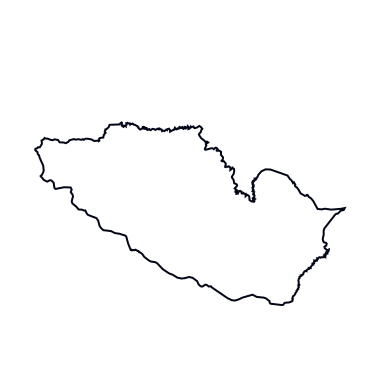 outline of Na Chaluai, Ubon Ratchathani, Thailand, rotated 131°
{"feature_id": "78962969B92270071826227", "entity_name": "Na Chaluai", "entity_type": "district", "adm_level": 2, "iso_a3": "THA", "parent_name": "Thailand", "parent_adm1": "Ubon Ratchathani", "projection": "albers", "projection_center": [105.182, 14.552], "detail": "fine", "context": "isolated", "style": "outline", "palette": "ink", "viewbox_px": 384, "rotation_deg": 131, "n_neighbors": 0, "source": "geoboundaries", "source_scale": "gbopen_adm2", "svg_char_len": 6045}
<svg xmlns="http://www.w3.org/2000/svg" viewBox="0 0 384 384"><g transform="rotate(131 192 192)"><path d="M224.8,59.5L218.3,49.9L217.2,49.1L214.9,49.4L211.3,46.0L208.5,44.7L206.6,45.7L206.7,46.3L204.4,47.4L203.4,47.0L201.3,47.2L200.9,47.6L198.4,47.7L197.9,48.4L195.6,48.1L195.4,48.8L193.9,48.9L193.5,49.6L192.4,49.8L192.5,50.4L191.8,50.4L192.0,50.9L190.4,51.9L189.0,53.6L187.6,54.4L186.1,54.4L185.6,55.2L183.6,54.5L183.4,55.2L181.2,54.0L179.8,54.9L177.8,55.0L177.0,54.2L176.4,54.2L176.4,53.8L175.8,54.2L174.3,54.0L173.6,53.3L172.8,53.2L172.5,53.8L171.8,52.8L171.6,53.2L171.0,52.9L170.5,53.3L168.0,53.2L167.6,53.7L167.1,53.0L166.5,53.9L165.6,53.1L164.4,54.2L163.7,53.8L163.4,54.6L162.1,52.8L161.2,53.6L160.8,53.0L160.2,53.0L159.8,53.8L159.4,53.2L158.7,53.5L157.4,52.8L157.3,51.9L156.1,51.4L155.3,50.2L154.4,49.9L153.4,50.2L154.1,49.2L153.9,48.7L152.8,50.1L152.7,49.4L152.4,49.3L151.9,49.9L152.2,50.4L151.6,50.2L151.1,50.5L150.4,50.0L150.2,50.9L149.7,51.1L149.7,50.4L148.7,50.7L148.4,50.6L148.6,50.0L147.9,50.4L147.1,50.1L145.7,51.0L147.3,51.6L147.3,55.0L146.4,56.2L144.4,55.5L142.6,56.5L142.5,57.6L143.5,59.6L142.5,61.6L141.5,62.6L137.7,64.7L134.9,67.2L132.7,68.2L114.9,69.1L113.6,68.7L112.5,67.7L108.5,67.5L106.1,65.7L103.9,66.2L106.8,68.4L113.9,75.3L117.4,80.7L120.1,82.8L122.4,86.1L119.2,94.8L118.7,98.0L119.1,100.6L118.4,103.0L118.8,103.4L119.7,103.3L120.8,104.2L121.8,109.0L120.3,113.3L119.7,116.2L120.0,116.7L119.8,118.3L119.3,118.9L118.7,118.9L117.8,121.5L119.0,121.6L118.0,124.4L117.9,126.9L116.9,130.7L123.5,147.4L126.6,151.3L130.8,153.2L135.4,153.2L138.3,152.3L138.7,152.6L139.7,152.2L140.0,152.7L140.5,152.2L140.8,152.7L141.7,152.7L141.6,153.1L142.5,152.6L143.3,153.1L143.5,152.8L143.2,152.3L144.4,152.4L144.6,153.0L145.5,152.6L145.5,151.7L146.3,151.5L146.3,150.5L146.8,150.6L147.1,150.2L147.0,149.3L147.3,149.1L147.9,149.4L148.1,148.9L149.1,149.1L149.2,148.4L150.3,147.7L150.1,147.3L150.8,147.1L150.8,146.0L151.3,146.2L151.1,145.7L151.6,145.3L152.9,144.8L152.5,144.4L153.5,144.0L153.2,143.5L153.8,142.3L155.6,142.0L155.6,141.5L157.0,142.0L157.4,141.1L156.3,140.7L156.1,140.0L157.4,140.4L157.5,139.8L158.4,140.1L158.3,138.8L158.7,138.8L160.1,141.0L160.3,143.4L158.1,145.5L157.6,146.8L158.0,148.6L160.0,148.8L158.2,150.4L159.1,151.5L159.0,152.6L160.0,152.8L160.4,153.4L160.1,154.3L159.2,154.8L159.7,156.6L160.8,157.0L163.1,156.3L164.3,157.3L163.3,158.1L163.5,159.3L163.0,159.7L162.6,159.4L162.5,157.6L161.8,157.4L161.2,158.0L161.3,162.2L158.1,162.0L157.1,162.7L156.9,163.4L157.7,165.9L155.5,168.7L155.1,170.8L154.4,171.9L151.1,172.4L148.4,173.9L147.0,175.5L147.1,177.5L148.2,177.1L150.2,177.5L149.0,178.4L148.4,179.6L148.4,180.8L148.7,181.3L149.6,181.5L150.1,182.6L151.1,182.9L151.3,183.5L148.8,184.8L148.2,185.7L147.9,188.5L149.0,189.3L149.1,190.1L147.3,190.2L145.9,190.9L145.4,191.6L145.0,194.5L142.6,196.5L142.9,198.4L144.6,200.4L144.4,200.8L142.9,200.6L142.6,202.4L143.2,203.4L145.4,203.6L145.4,204.9L146.7,206.4L151.2,209.4L151.4,210.2L150.6,210.8L147.6,211.6L146.8,213.0L144.0,212.3L144.2,213.8L145.3,214.1L145.5,214.6L145.1,216.3L145.4,220.3L144.4,223.9L143.8,224.7L141.1,224.7L138.7,225.7L137.5,225.7L137.1,228.1L137.4,229.8L140.1,230.6L141.9,231.7L142.2,232.4L141.6,233.9L143.5,235.0L143.4,235.7L144.4,235.3L145.3,236.0L145.9,235.5L146.8,236.0L145.1,237.2L145.1,238.3L145.6,237.9L147.8,238.3L147.2,239.3L147.8,240.5L149.3,240.2L149.3,239.6L150.0,239.8L150.0,240.5L149.6,240.8L150.1,241.3L149.6,242.0L151.3,242.6L151.4,243.2L150.8,243.1L151.1,244.1L153.0,243.6L153.5,244.6L154.5,244.5L155.0,244.9L155.3,245.6L154.8,246.1L154.7,247.1L157.0,246.4L157.8,247.1L160.8,248.1L159.7,249.3L159.4,251.0L160.9,251.9L161.7,251.4L162.1,252.5L164.2,252.8L164.7,254.1L165.7,254.5L164.8,256.0L165.6,257.2L165.3,257.9L165.6,258.6L166.0,258.9L166.7,258.5L167.2,259.7L169.1,260.3L169.3,261.6L170.3,263.3L172.5,263.8L172.8,264.6L172.5,265.5L174.1,266.1L173.5,268.2L174.0,268.5L173.8,267.4L174.5,267.2L174.6,268.7L175.1,268.7L175.7,269.7L175.3,270.2L174.2,270.0L174.5,271.2L175.2,271.8L176.9,271.2L178.9,272.1L178.9,274.3L178.2,274.9L178.5,275.8L178.1,276.4L178.9,279.5L179.3,279.8L179.3,281.6L180.0,281.7L180.6,282.6L181.7,282.8L181.0,284.0L182.0,284.9L182.1,286.1L183.2,286.8L184.1,285.5L185.5,285.7L185.9,285.2L186.0,286.2L187.3,286.4L186.9,287.3L187.4,287.7L187.9,287.4L188.0,288.6L185.7,290.3L185.7,290.8L188.7,291.2L195.4,298.3L197.8,297.4L200.3,297.7L201.6,298.4L201.9,297.8L203.3,297.7L204.1,297.1L204.1,296.1L205.0,296.3L206.2,295.8L206.9,296.0L209.1,294.7L211.5,296.8L212.5,297.1L213.3,296.6L214.0,295.6L215.0,295.8L215.0,296.8L217.6,299.2L218.3,302.4L220.4,305.9L221.7,307.3L223.6,307.9L223.6,309.0L225.2,309.7L226.3,311.8L229.1,314.6L229.6,315.9L233.5,318.5L235.1,318.2L238.0,319.3L238.7,321.1L241.4,324.6L240.6,327.2L242.4,330.2L244.3,331.2L245.3,332.6L246.4,335.9L247.5,337.1L247.9,338.7L249.7,338.5L251.9,339.3L254.0,336.9L257.7,336.2L258.1,336.2L259.3,337.6L260.4,337.5L262.2,338.5L263.3,337.7L263.3,334.7L264.6,333.2L264.7,331.3L265.8,330.0L269.8,321.5L273.0,318.1L274.4,317.3L277.6,316.5L279.3,316.7L280.1,311.7L279.2,308.1L276.4,307.0L275.5,305.6L275.8,302.4L278.8,299.0L279.3,298.0L279.2,297.0L272.4,291.7L268.2,286.6L269.0,284.5L271.6,283.4L272.3,280.6L273.3,279.0L277.7,276.8L278.7,275.7L279.1,274.4L279.0,269.3L279.6,266.2L277.5,263.4L276.9,261.4L275.9,260.5L277.3,257.2L277.5,255.3L274.4,247.0L275.2,244.0L278.1,239.7L278.9,237.1L279.0,233.9L274.6,227.4L273.6,223.3L271.1,219.3L268.6,213.6L268.8,212.3L272.8,206.4L276.0,200.1L275.7,199.5L275.0,199.4L274.9,198.6L274.0,198.0L273.8,197.3L272.6,196.8L272.2,194.4L271.6,193.7L272.2,192.4L271.6,191.4L271.4,188.9L272.3,185.4L272.0,180.0L271.4,177.3L269.4,174.3L268.6,172.1L269.4,163.2L268.5,156.1L267.1,152.2L266.2,146.8L264.2,143.2L262.1,141.2L258.1,138.5L256.4,135.3L255.9,129.7L257.4,126.3L257.5,124.2L257.3,123.1L256.3,122.0L253.2,121.2L252.5,119.8L252.3,117.3L250.8,116.0L251.0,114.5L248.8,95.5L247.5,91.0L245.8,88.4L242.6,86.4L238.2,84.4L229.8,78.9L228.7,74.3L224.6,68.5L223.8,66.4L223.5,61.9L224.6,60.7L224.8,59.5Z" fill="none" stroke="#020617" stroke-width="2"/></g></svg>